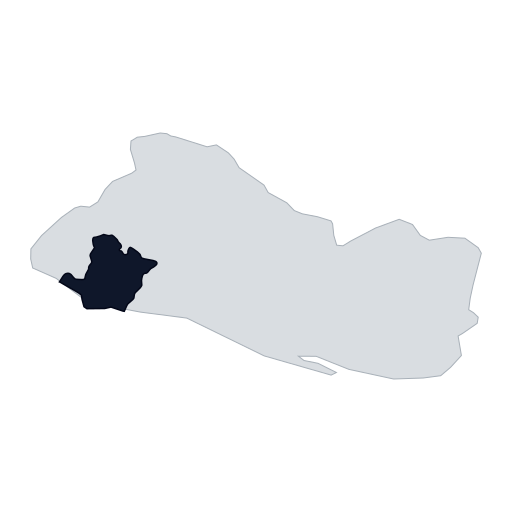 Sonsonate highlighted on a map of El Salvador
{"feature_id": "SLV-1348", "entity_name": "Sonsonate", "entity_type": "Department", "adm_level": 1, "iso_a3": "SLV", "parent_name": "El Salvador", "parent_adm1": "", "projection": "mercator", "projection_center": [-89.666, 13.711], "detail": "fine", "context": "in_parent", "style": "filled", "palette": "ink", "viewbox_px": 512, "rotation_deg": 0, "n_neighbors": 0, "source": "natural_earth", "source_scale": "10m", "svg_char_len": 2888}
<svg xmlns="http://www.w3.org/2000/svg" viewBox="0 0 512 512"><path d="M170.8,136.0L175.6,136.9L207.1,146.8L216.4,144.9L228.4,152.9L234.1,159.1L239.1,167.7L264.0,185.1L268.2,192.6L286.8,202.8L294.3,210.6L302.2,213.8L317.7,216.8L331.0,220.9L332.6,223.8L333.8,235.4L336.7,245.2L343.0,245.8L350.6,241.1L375.6,228.0L399.2,219.3L412.5,224.5L420.3,235.4L429.3,240.2L448.0,237.3L464.9,238.2L478.2,247.7L481.3,253.2L473.1,284.8L470.2,298.3L468.7,309.7L473.5,312.7L478.2,317.2L477.2,323.3L462.6,333.4L458.1,336.0L461.4,355.5L450.6,367.3L440.7,375.7L423.2,378.0L393.6,379.0L349.0,369.4L316.1,356.3L298.4,356.2L304.0,360.5L318.0,363.3L336.4,372.5L331.1,375.1L264.2,355.9L186.8,318.1L140.5,312.1L87.6,302.2L56.2,278.4L32.7,268.0L30.7,259.0L30.9,248.9L41.6,235.5L61.5,217.4L74.7,208.0L80.8,206.2L89.6,207.1L97.9,201.9L105.1,189.4L112.6,181.4L131.7,173.2L136.0,170.0L134.5,163.0L130.4,149.4L131.0,141.0L137.3,137.2L144.8,136.4L160.2,133.0L166.9,133.7L170.8,136.0Z" fill="#d9dde1" stroke="#a8b0b8" stroke-width="1"/><path d="M124.3,311.3L123.0,311.1L111.0,307.1L104.7,308.5L86.9,308.7L84.0,306.7L82.1,299.6L81.4,295.1L79.0,293.2L75.1,290.8L59.9,282.1L59.4,281.9L59.9,281.2L62.9,276.4L64.3,274.7L64.8,274.3L65.3,274.0L65.8,273.7L66.5,273.5L67.5,273.3L68.3,273.3L69.0,273.4L69.5,273.6L69.9,273.8L70.7,274.3L71.1,274.6L73.5,277.5L74.9,278.8L75.3,279.1L76.5,279.3L82.1,279.6L83.7,279.4L84.7,279.0L85.7,274.7L86.1,273.8L88.5,269.4L88.6,268.9L88.7,267.2L89.0,266.3L89.6,265.3L91.0,263.6L91.6,262.7L91.8,261.9L91.6,260.8L90.1,255.8L90.2,255.0L90.5,253.9L94.3,248.1L94.5,247.4L94.3,247.0L93.8,246.1L93.5,245.2L93.2,244.1L92.7,240.4L92.8,239.6L93.0,238.4L93.4,237.8L93.9,237.4L96.2,237.1L100.3,235.9L103.7,234.5L108.1,235.6L109.8,235.6L110.8,235.3L111.4,235.2L112.0,235.2L112.8,235.7L113.9,236.5L117.0,239.5L117.5,240.2L118.1,241.6L118.6,242.2L119.1,242.8L120.3,243.9L121.1,245.3L121.3,246.3L121.3,246.8L121.1,247.4L120.9,247.8L120.6,248.1L119.9,248.7L119.6,249.1L119.3,249.5L119.3,250.0L119.5,250.4L120.1,250.8L121.3,251.0L122.1,251.9L122.6,252.6L122.8,253.2L123.1,253.6L123.4,254.0L123.8,254.3L124.4,254.6L125.3,254.7L126.6,254.4L127.3,254.1L127.7,253.6L127.9,253.2L127.9,251.4L128.1,250.4L128.7,249.0L129.2,248.2L129.5,247.8L129.9,247.5L130.4,247.4L131.7,248.0L133.5,249.1L137.5,252.0L140.0,254.4L141.1,257.2L141.4,257.6L141.7,258.0L144.1,258.8L153.1,260.5L155.2,261.2L155.7,261.4L156.1,261.7L156.4,262.0L156.7,262.4L156.9,262.9L156.9,263.4L156.7,264.2L156.2,264.9L154.8,266.1L153.6,267.0L150.8,268.6L149.8,269.6L147.6,272.3L146.8,272.9L146.1,273.2L144.8,273.3L144.4,273.5L143.6,273.9L143.2,274.3L142.8,275.0L142.4,276.0L141.8,278.3L141.5,280.6L141.8,284.9L141.7,285.5L141.2,286.4L140.3,287.7L136.2,291.8L135.8,292.1L135.4,292.5L135.0,293.1L134.5,294.0L134.2,295.7L133.9,298.0L133.4,298.8L132.6,299.7L127.8,303.9L126.8,305.6L124.8,310.1L124.3,311.3Z" fill="#0f172a" stroke="#020617" stroke-width="1.5"/></svg>